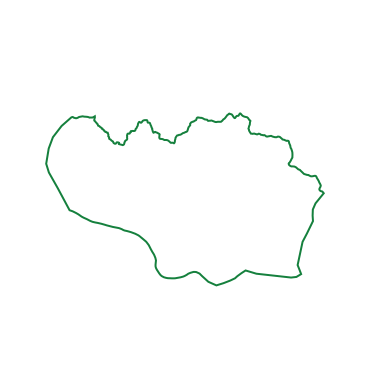 Add, Houaphan, Laos, rotated 57°
{"feature_id": "54806243B77566454903685", "entity_name": "Add", "entity_type": "district", "adm_level": 2, "iso_a3": "LAO", "parent_name": "Laos", "parent_adm1": "Houaphan", "projection": "albers", "projection_center": [103.803, 20.731], "detail": "fine", "context": "isolated", "style": "outline", "palette": "green", "viewbox_px": 384, "rotation_deg": 57, "n_neighbors": 0, "source": "geoboundaries", "source_scale": "gbopen_adm2", "svg_char_len": 5914}
<svg xmlns="http://www.w3.org/2000/svg" viewBox="0 0 384 384"><g transform="rotate(57 192 192)"><path d="M264.8,82.2L263.6,82.3L262.5,82.5L261.9,83.1L261.2,83.6L260.4,83.9L259.5,83.9L258.9,83.6L258.3,82.8L257.8,81.8L256.9,80.6L256.0,80.3L254.6,80.1L253.5,80.1L252.1,79.8L251.2,79.7L248.0,79.6L247.4,79.4L246.8,79.4L246.2,79.4L245.5,79.9L245.1,80.6L244.6,82.0L244.1,83.0L243.5,83.8L242.1,84.7L241.3,85.0L240.2,86.3L239.0,87.3L238.4,87.8L237.7,88.3L236.3,88.6L233.3,89.3L232.2,89.5L230.9,90.5L227.8,91.4L226.5,92.2L225.6,93.3L224.7,94.7L223.8,95.3L222.4,95.8L221.8,95.8L220.9,95.5L220.5,94.8L220.5,94.2L219.5,92.1L218.7,90.8L217.8,89.1L216.4,88.1L214.9,87.1L213.3,86.2L211.8,85.7L209.7,85.2L208.6,85.2L207.6,84.8L206.5,84.3L203.9,83.9L203.1,83.5L202.3,83.3L201.7,83.3L201.1,83.8L200.8,84.6L199.7,85.5L198.5,86.2L197.2,87.5L196.2,87.6L195.0,88.0L194.0,88.2L193.0,88.9L192.3,89.8L192.2,90.6L192.1,91.2L191.1,92.7L189.2,94.4L188.2,94.9L187.8,95.5L186.4,98.9L185.7,99.5L184.5,99.9L183.9,100.2L183.5,100.6L183.3,101.3L182.6,101.9L182.1,102.4L181.6,103.0L180.7,103.3L180.1,103.6L179.4,104.4L179.3,105.7L178.9,106.3L176.8,108.1L176.5,108.8L176.3,109.4L175.4,110.4L175.1,110.8L172.8,110.8L171.6,110.7L170.8,110.3L170.4,110.2L169.7,110.2L169.2,109.6L167.9,108.3L167.4,107.4L166.8,106.7L166.0,106.1L165.0,105.3L164.2,104.3L163.7,104.3L162.9,104.7L160.6,104.7L159.3,105.1L157.7,106.7L157.1,107.2L156.0,107.9L154.8,108.3L154.5,108.3L153.1,108.5L152.6,108.6L152.3,108.9L152.3,109.3L153.3,111.4L153.3,111.7L152.7,112.8L152.6,113.3L152.8,114.0L153.4,115.5L153.2,116.0L152.7,116.2L151.9,116.3L149.4,116.3L148.7,116.4L148.2,116.7L147.7,117.2L146.6,118.0L146.5,118.5L146.6,118.8L146.8,119.0L146.7,119.9L146.7,120.4L147.7,123.1L148.2,124.7L148.2,126.3L148.7,127.7L148.8,128.7L148.9,129.4L148.4,130.3L147.2,132.0L146.6,133.5L146.0,134.3L143.5,136.1L142.8,136.6L142.4,137.2L142.1,138.0L141.8,138.4L141.2,139.6L140.8,139.9L140.0,139.9L139.6,140.0L139.0,140.7L137.9,141.9L136.6,142.5L135.0,143.6L134.5,144.4L133.8,145.1L133.3,145.9L132.8,146.2L132.6,146.6L132.5,147.2L132.7,147.9L133.6,148.9L133.9,149.5L133.7,151.2L133.8,152.3L133.4,153.2L133.2,154.9L133.6,156.0L133.9,156.6L134.9,157.0L135.1,157.4L135.5,158.6L135.7,159.4L136.4,160.4L137.2,161.3L138.2,162.5L138.5,163.2L138.5,163.9L138.2,164.7L138.1,166.2L137.7,167.3L137.7,170.3L137.3,171.3L137.0,171.8L137.0,172.5L136.6,173.3L136.5,173.8L137.0,175.1L137.5,176.2L138.5,177.1L139.4,178.2L140.6,179.1L141.3,180.2L141.3,180.6L140.7,180.9L139.8,181.8L139.6,182.2L139.4,182.8L138.9,183.1L136.9,183.6L135.4,184.2L134.3,185.3L133.3,186.9L132.7,187.2L131.8,187.7L131.3,188.2L130.2,189.6L129.8,189.9L129.5,190.0L128.7,189.9L127.6,189.1L126.6,188.3L126.3,187.9L126.0,187.8L125.5,187.8L123.6,188.8L123.2,189.0L122.8,189.3L122.4,189.7L121.7,190.0L121.4,190.5L121.4,191.8L121.3,192.0L120.6,192.0L119.5,191.8L118.5,191.4L117.8,191.3L117.4,191.1L117.1,190.8L116.0,190.8L115.6,190.7L114.8,190.4L113.1,190.2L111.5,189.8L111.1,189.8L110.6,190.1L109.8,191.2L109.2,191.2L108.2,190.7L107.2,190.7L106.8,191.2L105.9,192.7L105.6,193.6L105.5,194.5L106.1,196.1L106.2,196.6L106.1,197.1L104.6,197.9L104.5,198.1L104.5,198.5L104.9,199.3L105.4,200.1L106.9,201.5L107.5,202.8L108.1,203.5L108.5,205.0L109.1,205.6L109.5,206.2L109.5,206.8L109.2,207.6L108.5,208.4L108.2,209.1L107.9,209.6L107.7,210.0L107.8,210.3L107.9,210.7L108.0,210.8L108.3,210.9L108.5,210.9L108.6,211.7L109.0,212.5L108.8,213.0L108.4,213.5L108.2,213.7L108.2,214.1L108.2,214.5L108.5,214.9L109.2,215.7L110.1,216.1L110.5,216.5L111.0,216.8L111.6,217.1L112.2,217.4L112.4,217.7L112.6,218.0L112.7,218.5L112.7,219.0L112.7,220.1L113.3,220.8L113.4,221.3L113.6,221.6L113.9,221.9L114.5,222.4L115.0,223.1L115.1,223.7L115.0,224.5L114.9,224.6L114.5,224.9L112.0,227.2L111.9,227.2L111.0,226.4L110.8,226.5L110.0,227.1L109.4,228.1L109.7,228.9L109.9,229.6L109.8,229.9L109.7,230.1L109.6,230.3L109.3,230.5L108.4,231.0L108.1,231.0L107.5,231.0L106.9,230.8L106.6,230.8L106.1,231.0L105.1,231.5L103.8,231.7L103.5,231.8L102.6,232.4L102.3,232.4L101.9,232.3L101.5,232.1L100.9,231.7L100.6,231.7L99.8,231.9L99.2,231.5L98.9,231.3L98.6,231.0L98.4,230.9L97.3,230.7L96.5,230.4L96.4,230.4L96.2,230.8L96.0,231.0L95.4,231.1L95.2,231.2L95.0,231.3L94.8,231.6L94.7,231.7L94.3,231.6L94.1,231.7L93.9,232.1L93.6,232.2L93.3,232.3L92.7,232.3L92.1,232.2L91.8,232.4L90.7,232.7L90.1,232.6L89.9,232.7L89.7,233.1L89.2,233.0L88.9,233.0L88.4,233.2L87.3,233.7L86.4,233.8L86.2,233.9L85.7,234.3L85.4,234.5L85.2,234.6L84.8,234.5L83.8,234.2L82.9,234.5L82.2,234.4L81.2,234.7L80.0,234.7L79.2,235.0L78.8,235.0L78.5,234.8L78.1,234.5L76.4,232.7L75.6,232.3L75.6,232.8L75.4,234.6L75.2,235.2L74.8,235.7L74.1,236.8L73.8,237.4L73.3,237.7L72.3,238.5L71.0,240.1L70.3,241.1L68.9,242.6L68.5,243.6L68.0,244.8L67.6,245.8L67.5,247.5L67.2,248.7L66.7,249.4L65.4,250.6L64.6,250.9L64.0,251.4L63.7,252.5L65.6,265.4L70.3,278.8L77.5,288.5L88.9,298.9L97.7,301.4L115.7,302.5L140.6,304.6L143.2,302.6L146.6,300.6L149.0,299.4L152.5,298.0L154.5,296.9L157.6,294.9L160.8,293.1L162.8,291.7L164.8,289.8L166.6,287.9L169.3,285.3L172.4,282.6L173.4,281.8L178.2,277.4L182.4,273.0L183.7,272.0L185.0,271.1L186.5,270.3L187.6,269.5L189.2,267.9L191.1,266.2L192.5,265.0L196.0,262.4L197.2,261.7L198.9,260.7L200.0,260.2L205.7,258.4L208.8,257.5L213.0,257.2L217.8,257.7L220.8,257.9L222.5,257.9L224.2,258.0L227.3,258.6L228.7,259.1L229.8,259.5L231.9,261.2L233.3,262.3L234.8,263.2L236.2,263.6L237.9,263.8L242.5,263.8L244.6,263.6L246.0,263.2L248.2,262.0L249.9,260.5L251.1,259.2L254.0,255.1L255.2,253.1L257.3,248.1L258.1,245.6L258.4,244.1L258.6,241.6L258.5,239.7L258.9,237.4L259.8,234.4L260.6,233.1L261.5,232.0L264.5,230.1L268.2,229.3L272.0,228.3L276.2,227.2L280.7,224.3L283.6,222.4L285.6,215.3L287.1,208.2L287.8,202.9L287.3,199.9L287.0,194.7L287.0,189.8L295.6,182.5L317.7,155.5L320.1,150.7L320.3,145.2L316.2,144.3L310.8,143.2L294.0,126.4L289.4,118.2L282.3,106.4L277.5,103.7L272.5,100.2L268.8,94.6L264.8,82.2Z" fill="none" stroke="#15803d" stroke-width="2"/></g></svg>